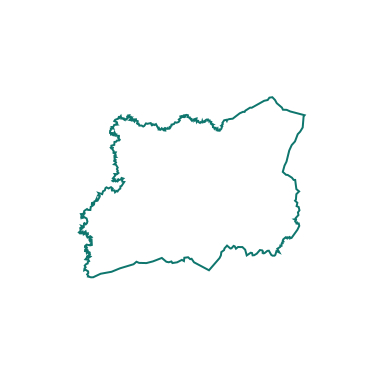 Khok Si Suphan, Sakon Nakhon, Thailand (Natural Earth projection), rotated 222°
{"feature_id": "78962969B94983517253563", "entity_name": "Khok Si Suphan", "entity_type": "district", "adm_level": 2, "iso_a3": "THA", "parent_name": "Thailand", "parent_adm1": "Sakon Nakhon", "projection": "natural_earth1", "projection_center": [104.331, 17.029], "detail": "fine", "context": "isolated", "style": "outline", "palette": "teal", "viewbox_px": 384, "rotation_deg": 222, "n_neighbors": 0, "source": "geoboundaries", "source_scale": "gbopen_adm2", "svg_char_len": 6030}
<svg xmlns="http://www.w3.org/2000/svg" viewBox="0 0 384 384"><g transform="rotate(222 192 192)"><path d="M222.5,67.2L222.4,65.4L220.7,64.9L220.8,63.4L219.7,61.7L219.1,63.0L216.1,63.5L214.9,62.4L214.8,60.6L212.9,60.3L212.7,59.6L210.0,61.0L208.4,62.5L205.2,70.1L198.4,78.9L194.5,87.0L187.1,99.2L186.6,103.0L183.9,103.9L178.3,108.7L174.6,114.3L170.3,122.8L164.4,123.0L162.3,124.2L160.8,126.6L159.0,126.1L156.0,129.8L154.1,134.8L151.8,135.3L153.7,138.0L151.2,140.9L148.4,140.9L147.6,142.1L143.5,141.1L127.0,145.2L127.3,161.3L128.1,164.2L130.0,167.0L129.3,170.3L130.1,171.8L130.1,175.6L125.7,175.7L125.0,176.6L125.0,179.8L123.9,180.2L121.4,179.3L121.0,181.9L117.7,184.8L113.9,184.7L108.9,181.5L107.7,186.2L106.5,186.8L104.6,185.5L103.5,186.6L102.6,189.5L102.7,194.3L100.7,195.6L99.6,195.3L98.8,194.0L98.0,194.1L97.2,195.1L96.6,198.7L95.6,199.8L91.0,198.3L89.5,198.6L88.1,199.9L88.0,201.0L89.7,204.6L86.6,205.5L90.6,206.9L89.7,210.2L90.5,211.3L89.5,211.9L90.9,213.8L91.1,214.7L90.6,214.9L91.4,215.8L91.0,216.4L92.1,216.8L92.5,218.0L92.1,220.9L91.4,220.9L91.2,221.6L90.5,221.4L90.7,222.1L89.8,222.3L89.5,223.8L88.3,224.0L88.0,223.4L87.3,224.5L88.4,234.5L89.6,238.6L91.6,240.0L92.1,239.4L92.9,239.6L92.7,238.8L93.3,238.5L93.7,239.1L95.5,239.1L95.9,240.5L97.6,240.2L96.6,241.4L97.5,242.0L97.5,246.1L99.6,247.7L99.9,250.3L102.7,252.2L104.8,251.5L106.5,254.5L109.6,254.5L109.7,255.9L113.0,260.2L112.8,264.1L116.4,264.0L123.4,270.0L124.6,269.0L127.3,269.5L132.3,268.7L133.6,267.7L138.0,267.7L140.9,273.5L142.1,277.8L147.5,287.9L149.3,293.6L149.3,298.5L152.1,305.7L152.0,309.2L152.9,314.0L159.6,322.8L159.7,324.4L172.9,317.6L176.6,316.4L179.5,314.0L181.7,314.9L188.4,314.7L191.8,315.9L195.7,316.2L197.6,313.9L197.3,311.0L199.4,308.1L204.0,294.6L205.3,293.5L206.8,288.1L206.5,286.7L207.7,285.8L209.2,282.4L210.8,273.7L213.1,271.1L214.1,269.3L213.7,268.2L214.8,268.6L216.1,266.8L215.6,263.6L214.6,263.2L214.6,261.4L214.0,261.3L214.4,260.7L213.4,260.6L212.5,258.6L212.5,257.4L213.1,257.1L212.5,256.0L213.8,255.0L215.5,256.3L215.5,254.6L217.3,255.6L217.9,255.0L217.8,254.2L218.8,254.7L219.8,254.2L221.2,255.6L222.3,255.5L221.7,256.3L224.0,255.8L224.6,257.0L225.9,256.4L226.1,257.3L226.3,256.3L226.8,256.9L228.0,255.8L228.7,256.5L229.7,255.5L230.0,253.9L229.3,253.7L229.4,252.7L229.8,252.0L230.5,252.4L231.0,251.1L231.7,251.5L231.1,250.4L232.5,249.6L232.3,248.7L234.9,248.1L235.2,248.9L236.1,248.3L235.9,247.7L236.7,248.3L237.2,247.6L237.4,248.2L237.7,247.3L238.2,249.0L239.0,247.6L238.5,246.8L239.3,246.6L239.6,244.9L241.3,245.1L241.5,245.9L243.0,245.2L243.5,245.9L245.4,244.8L246.3,246.3L247.5,245.8L248.8,244.1L247.4,243.5L247.7,242.6L248.7,241.8L249.6,242.4L249.7,241.5L250.5,241.5L251.2,240.4L249.9,239.8L250.3,237.1L249.0,237.0L248.8,235.1L249.8,233.2L251.2,232.5L250.9,230.4L252.3,228.4L251.6,227.7L252.0,225.5L251.2,225.4L251.1,224.1L252.0,223.1L252.8,223.3L252.9,222.2L254.9,221.5L255.1,220.5L254.4,221.0L253.0,219.8L254.3,218.9L257.1,219.1L257.0,217.2L258.5,216.2L258.9,217.3L259.6,217.5L259.7,216.7L264.2,218.3L264.6,216.8L265.4,216.7L266.1,215.3L266.6,215.7L266.8,214.8L268.8,215.6L270.8,212.8L272.1,212.2L271.7,209.1L272.1,208.0L273.9,207.7L275.6,206.1L276.5,206.7L277.7,206.3L277.8,206.9L278.8,206.4L279.7,208.3L281.5,207.6L282.3,208.5L283.2,207.6L282.3,207.3L281.9,205.9L284.6,206.4L284.7,205.6L285.2,206.1L285.6,205.3L284.8,204.9L286.5,203.8L286.7,206.8L287.3,206.1L287.8,206.8L288.8,205.7L289.8,207.2L290.6,206.2L289.5,205.6L290.5,204.6L289.2,203.6L289.7,202.6L289.2,202.1L290.4,201.2L290.1,200.6L291.7,200.3L291.4,200.9L291.8,201.1L293.3,200.2L293.7,199.3L295.7,200.7L295.6,199.7L296.6,198.8L296.4,198.3L295.5,198.6L295.5,197.9L297.4,194.3L297.2,192.7L294.5,193.6L293.6,193.0L293.8,191.8L292.8,191.9L294.7,189.8L294.0,187.6L294.9,186.8L293.0,186.4L294.8,184.9L293.9,184.0L293.8,182.7L292.5,181.1L290.9,182.3L291.2,180.9L290.6,180.5L290.0,181.8L288.7,181.4L287.9,181.9L289.3,184.4L287.6,183.7L286.8,184.2L286.1,183.0L283.9,184.8L283.1,184.0L283.2,182.8L280.7,182.5L280.6,181.7L282.2,180.0L282.0,178.7L283.1,177.3L281.3,175.0L282.9,172.5L281.9,171.7L282.1,170.6L281.3,170.4L280.3,171.6L279.8,170.5L277.6,170.0L276.5,168.5L275.8,168.7L275.8,169.9L275.2,170.4L274.7,168.8L273.4,168.4L273.7,167.0L271.8,167.1L272.7,165.8L271.5,164.7L270.2,164.7L270.2,163.8L271.3,162.6L269.6,163.5L268.2,163.1L268.4,160.5L266.9,161.4L263.5,160.4L263.2,158.8L261.3,158.1L261.1,157.0L259.4,156.9L259.6,155.2L261.5,153.6L260.1,153.2L259.9,149.3L257.9,149.9L258.6,147.1L257.7,147.2L257.3,148.8L256.0,148.7L255.8,149.5L254.4,150.0L254.5,151.2L256.1,152.2L254.3,152.0L253.2,153.8L253.7,155.3L252.1,156.0L252.3,154.2L250.7,153.1L249.1,154.1L248.4,149.3L249.0,148.3L247.6,146.6L248.0,144.6L247.7,142.6L248.8,142.3L249.0,140.3L250.7,141.3L252.5,139.6L253.4,140.3L253.4,141.5L255.4,141.4L256.4,138.8L258.7,138.2L258.9,137.0L257.9,134.9L258.6,133.0L257.3,130.3L260.8,128.7L259.7,128.4L259.5,126.7L257.8,127.3L257.3,126.3L256.4,122.3L256.9,121.6L258.3,122.9L257.7,121.0L258.2,119.7L256.5,117.2L257.0,116.8L258.2,118.1L259.0,117.0L258.1,115.7L256.7,115.4L257.3,113.2L255.5,110.6L257.3,109.1L258.6,109.1L259.4,105.9L258.7,104.4L257.6,104.5L257.4,103.7L259.7,101.3L258.5,100.8L257.5,99.3L256.6,101.6L255.9,101.3L255.8,99.9L254.9,101.3L252.6,101.8L250.0,100.1L249.2,98.4L249.3,96.9L251.0,97.0L251.2,96.3L249.2,93.8L251.4,92.9L249.2,92.3L249.4,91.5L250.7,91.4L250.9,90.4L249.3,90.1L249.5,89.0L248.6,88.4L249.0,86.3L247.5,86.3L247.5,87.5L246.5,87.5L246.6,89.3L244.2,87.9L243.7,89.4L245.0,89.8L244.7,91.5L242.7,90.1L241.8,91.6L241.0,90.9L241.1,89.0L239.2,88.3L238.0,91.1L236.4,91.2L237.2,89.1L236.0,87.6L234.8,87.2L235.2,88.9L234.8,89.4L231.0,85.6L231.4,85.0L232.3,86.0L232.6,83.8L235.1,82.4L235.3,80.2L234.8,79.6L233.8,80.6L232.8,80.3L232.9,77.8L232.0,76.6L231.3,77.3L231.9,78.8L230.6,78.9L230.0,78.5L230.6,77.2L229.3,76.2L229.1,77.8L228.0,77.5L227.9,79.3L227.3,77.9L226.2,77.5L226.5,75.6L224.3,76.1L224.8,73.9L226.4,74.7L226.9,73.9L226.2,72.9L226.1,70.7L223.6,72.2L222.2,71.8L222.6,70.2L221.7,69.1L222.5,67.2Z" fill="none" stroke="#0f766e" stroke-width="2"/></g></svg>